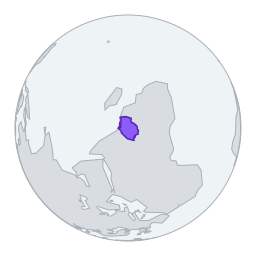 globe centered on United Republic of Tanzania, rotated 195°
{"feature_id": "TZA", "entity_name": "United Republic of Tanzania", "entity_type": "country or territory", "adm_level": 0, "iso_a3": "TZA", "parent_name": "Africa", "parent_adm1": "", "projection": "orthographic", "projection_center": [35.057, -6.356], "detail": "fine", "context": "on_globe", "style": "filled", "palette": "violet", "viewbox_px": 256, "rotation_deg": 195, "n_neighbors": 0, "source": "natural_earth", "source_scale": "50m", "svg_char_len": 9006}
<svg xmlns="http://www.w3.org/2000/svg" viewBox="0 0 256 256"><g transform="rotate(195 128 128)"><circle cx="128" cy="128" r="113" fill="#eef3f6" stroke="#a8b0b8"/><path d="M15.8,117.9L15.9,119.0L15.8,123.5L15.7,126.6L16.0,127.1L16.1,129.0L19.3,130.4L22.4,134.5L23.3,141.3L22.7,149.9L26.6,167.0L26.6,173.7L29.7,180.6L35.1,191.0L34.7,191.1L38.0,195.5L40.4,198.8L40.5,199.0L35.8,192.6L31.5,186.0L27.6,179.1L24.3,171.9L21.5,164.6L19.2,157.0L17.4,149.3L16.2,141.5L15.5,133.6L15.4,125.7L15.8,117.9ZM58.8,216.9L57.4,215.6L58.0,216.1L59.2,217.0L58.8,216.9ZM213.9,55.1L214.6,56.1L216.9,58.9L217.1,59.1L218.9,61.5L219.9,62.9L222.4,66.5L227.1,74.5L230.5,82.8L229.6,84.3L230.2,86.1L228.3,83.3L228.1,86.3L233.5,98.7L234.1,102.0L232.7,107.1L232.3,104.5L227.3,96.9L228.1,104.7L231.9,112.6L233.3,121.0L231.0,117.6L229.5,110.2L227.7,107.3L227.0,100.4L223.2,89.8L220.9,90.9L220.0,87.0L214.5,78.3L210.5,79.8L205.0,88.9L206.1,99.2L203.3,103.4L195.4,87.8L192.0,78.0L189.0,78.6L180.9,70.3L166.6,69.0L164.6,66.6L161.9,67.6L156.2,65.1L153.3,61.4L149.8,61.5L157.6,71.5L161.4,71.5L164.7,67.8L166.1,71.5L171.6,75.0L165.2,83.7L144.1,91.5L142.3,83.9L127.3,64.3L127.8,62.3L127.8,62.0L127.6,61.6L126.0,65.0L123.5,61.5L131.3,74.5L132.5,80.5L143.8,91.9L142.7,93.1L146.4,95.6L158.5,93.0L158.5,95.5L152.7,107.6L136.1,124.7L138.5,136.7L137.5,147.1L127.5,154.2L128.7,162.4L123.6,165.4L123.5,170.1L119.6,175.3L112.9,180.3L101.2,180.9L100.2,176.6L94.0,168.5L85.1,149.2L87.8,140.0L86.6,133.2L78.2,119.0L80.0,110.7L77.8,107.6L73.3,108.8L70.8,105.1L68.1,105.3L51.4,110.4L46.5,106.1L41.4,92.2L44.6,85.8L45.6,79.2L68.0,54.9L72.3,55.4L89.4,51.1L91.4,51.7L88.9,56.3L101.2,61.2L105.9,57.1L117.7,59.9L125.8,59.7L129.7,51.2L116.3,51.2L114.6,47.3L125.7,43.8L137.5,44.5L137.2,43.0L130.2,39.7L133.4,37.3L127.9,38.5L129.8,39.9L126.3,40.8L124.4,39.6L125.6,38.7L122.2,38.1L117.3,43.2L118.8,45.1L109.5,46.4L111.0,49.9L108.3,51.8L104.8,46.5L105.5,44.5L98.7,39.8L97.1,41.8L103.4,46.7L101.2,46.4L99.2,49.8L99.0,47.0L92.5,41.7L84.5,43.8L73.4,53.2L68.9,54.6L65.5,53.7L70.3,45.1L79.9,43.0L81.7,40.5L80.5,37.6L83.5,37.4L84.2,36.1L87.9,35.4L93.8,32.0L97.7,31.4L100.7,27.9L103.1,27.3L100.6,29.4L101.0,30.7L110.6,30.0L112.7,29.2L113.9,27.1L116.4,27.4L116.3,25.6L122.2,24.8L114.9,24.4L116.1,22.6L120.0,21.3L119.1,20.8L112.7,23.0L111.4,24.1L112.3,25.0L107.4,28.5L103.9,29.3L104.1,25.8L99.2,26.8L101.5,24.1L117.4,18.8L123.6,18.0L132.5,19.9L130.7,20.7L126.5,20.3L129.7,22.0L129.8,21.2L131.8,21.6L133.5,20.4L135.1,20.7L134.0,19.3L136.1,19.5L136.7,20.4L141.0,19.3L145.5,19.8L145.8,19.5L144.7,19.0L151.2,20.3L151.0,20.0L148.9,19.5L147.2,18.7L146.8,17.9L149.1,18.4L149.5,18.7L153.9,20.3L154.7,21.4L155.6,21.6L155.4,20.8L150.1,18.7L149.2,18.2L152.0,19.0L150.9,18.7L151.2,18.6L153.6,19.0L150.6,18.1L150.5,17.6L158.6,19.6L166.5,22.2L174.3,25.3L181.7,29.0L188.9,33.2L195.7,38.0L202.2,43.2L208.3,49.0L213.9,55.1ZM59.8,66.1L59.0,68.0L59.8,66.1ZM149.8,50.1L157.0,50.9L154.1,45.8L156.7,45.8L154.7,44.2L153.9,45.4L149.3,41.2L152.5,40.1L151.8,38.2L149.3,37.9L144.2,40.7L150.7,46.5L148.9,48.4L149.8,50.1ZM84.4,30.9L85.4,31.3L83.6,32.8L78.7,34.6L81.3,32.3L84.4,30.9ZM87.2,31.7L88.8,28.2L91.9,27.3L89.9,28.3L91.7,28.1L89.0,29.7L90.5,32.6L89.0,34.2L80.8,36.0L84.3,34.4L83.1,33.9L87.2,31.7ZM87.3,24.1L88.0,23.4L93.8,22.1L92.4,23.0L87.5,24.5L86.1,24.5L87.3,24.1ZM111.0,16.7L110.1,16.8L107.6,17.3L106.2,17.5L105.9,17.6L104.2,18.0L103.2,18.3L100.4,18.9L99.0,19.4L98.4,19.4L96.8,20.1L96.7,19.9L94.5,20.6L95.7,20.4L82.8,24.8L78.9,26.6L86.6,23.2L94.5,20.4L102.7,18.2L111.0,16.7ZM75.5,28.3L73.0,29.7L75.5,28.3ZM94.1,49.8L95.8,49.9L98.4,49.5L97.1,51.8L94.1,49.8ZM89.5,46.2L91.1,45.8L90.6,48.5L88.9,48.6L89.5,46.2ZM92.3,43.4L91.2,45.6L90.8,44.5L92.3,43.4ZM102.1,29.0L103.8,28.7L103.8,29.1L102.7,29.9L102.1,29.0ZM120.1,16.3L119.1,16.2L119.7,16.1L119.6,15.8L122.0,15.7L123.0,15.8L120.1,16.3ZM127.2,52.6L124.6,54.2L123.5,53.4L124.6,53.0L127.2,52.6ZM110.0,52.7L113.7,53.7L109.6,53.4L110.0,52.7ZM122.7,16.1L122.4,15.9L123.7,16.0L122.7,16.1ZM123.7,15.6L125.4,15.6L122.2,15.6L123.7,15.6ZM169.5,205.2L170.0,206.8L168.3,206.8L169.5,205.2ZM156.9,145.8L149.3,164.2L143.9,164.1L142.9,158.6L145.6,147.5L151.9,144.4L154.9,139.5L156.9,145.8ZM238.4,145.3L238.6,146.5L238.5,147.0L238.4,145.3ZM238.3,142.8L238.7,143.7L238.1,143.8L238.3,142.8ZM238.9,144.0L239.3,143.8L239.4,143.3L239.3,144.3L238.9,144.0ZM238.0,142.3L234.9,139.6L233.3,137.2L233.9,135.5L236.5,137.5L238.0,142.3ZM233.8,135.3L231.1,128.5L225.3,111.1L227.4,112.0L233.0,123.3L232.7,124.8L234.4,129.9L233.8,135.3ZM239.4,129.1L239.0,133.9L237.6,132.0L236.7,130.5L236.2,123.7L236.5,120.8L237.3,121.4L238.7,112.8L239.5,116.2L239.4,120.0L240.0,124.9L239.4,129.1ZM206.6,100.2L209.3,106.8L207.6,107.6L206.6,100.2ZM238.2,106.3L238.4,110.0L237.9,104.7L238.2,106.3ZM237.3,101.2L237.9,103.5L237.2,100.9L237.3,101.2ZM231.2,89.1L230.5,89.1L229.9,87.5L230.5,86.7L231.2,89.1ZM229.6,79.5L231.6,83.9L232.2,85.2L230.9,82.3L229.6,79.5ZM142.6,16.8L140.1,17.1L139.9,17.8L142.2,18.5L137.8,17.8L138.2,16.8L142.6,16.8ZM133.2,15.6L132.2,15.6L131.1,15.5L133.2,15.6ZM223.1,188.4L219.5,191.1L219.7,189.1L222.1,186.0L227.0,175.0L227.2,175.5L230.1,168.5L233.8,164.8L237.2,155.7L237.0,156.2L234.5,164.7L231.3,172.9L227.5,180.8L223.1,188.4ZM239.2,145.7L238.8,147.6L239.4,144.6L239.2,145.7ZM240.6,125.3L240.2,126.5L240.3,129.9L240.6,128.8L240.4,130.9L240.2,136.7L240.0,138.5L240.2,132.2L239.8,137.8L239.6,137.3L239.8,132.1L240.2,126.6L240.3,124.5L240.6,125.2L240.6,125.3ZM239.8,114.2L239.6,112.4L239.6,113.3L239.3,110.7L239.8,114.2ZM238.8,107.8L238.9,108.5L238.5,106.4L238.8,107.8ZM238.6,107.1L238.1,104.3L238.3,105.1L238.6,107.1ZM237.8,103.1L237.0,100.3L234.5,91.6L234.7,91.9L236.5,98.0L237.7,102.4L237.8,103.1Z" fill="#d9dde1" stroke="#a8b0b8" stroke-width="1"/><path d="M123.9,134.0L123.7,134.0L123.5,133.8L123.3,133.7L123.0,133.6L122.9,133.5L122.7,133.5L122.3,133.4L122.1,133.3L121.9,133.3L121.9,133.1L121.7,133.0L121.4,133.0L121.2,132.8L121.2,132.7L120.8,132.5L120.3,132.5L120.2,132.4L119.9,132.2L119.7,131.8L119.6,131.6L119.4,131.2L119.2,130.8L119.1,130.5L118.9,130.2L118.8,129.7L118.6,129.4L118.4,129.1L118.1,128.9L117.7,128.7L117.3,128.1L117.2,128.0L117.2,127.7L117.1,127.4L117.3,126.9L117.3,126.7L117.2,126.4L117.1,126.2L117.0,125.7L116.8,125.4L116.8,125.2L116.9,124.7L116.9,124.4L117.6,124.3L117.7,124.2L118.0,124.0L118.4,123.6L118.5,123.4L118.6,123.1L118.8,123.0L118.8,122.9L118.9,122.7L119.1,122.4L119.3,122.3L119.3,122.2L119.6,122.0L119.7,121.8L119.7,121.7L119.6,121.4L119.3,121.3L119.1,121.3L119.0,121.2L118.9,121.2L119.0,121.0L119.0,120.8L118.9,120.8L118.9,120.7L119.1,120.3L119.4,120.2L119.5,120.2L119.8,120.0L119.8,119.8L119.8,119.6L119.7,119.4L119.7,119.2L119.7,118.9L119.7,118.6L119.6,118.4L119.3,118.2L119.1,117.9L119.0,117.7L119.4,117.6L119.5,117.5L119.9,117.5L120.3,117.5L120.6,117.5L121.0,117.5L121.3,117.5L121.7,117.5L122.0,117.5L122.4,117.5L122.7,117.5L123.1,117.5L123.4,117.5L123.8,117.5L124.1,117.5L124.5,117.5L124.8,117.5L125.2,117.5L125.5,117.5L125.9,117.5L126.0,117.6L126.6,117.9L127.0,118.1L127.4,118.4L127.9,118.6L128.3,118.8L128.7,119.1L129.1,119.3L129.5,119.5L130.0,119.8L130.4,120.0L130.8,120.2L131.2,120.5L131.6,120.7L132.0,120.9L132.5,121.2L132.9,121.4L133.1,121.5L133.1,121.8L133.2,122.0L133.0,122.3L133.2,122.5L133.3,122.7L133.6,122.9L133.9,123.1L134.2,123.3L134.5,123.5L135.0,124.0L135.3,124.2L135.6,124.4L135.9,124.6L136.1,124.7L136.2,124.8L136.0,125.3L135.9,125.5L135.8,125.8L135.7,126.4L135.5,126.6L135.4,127.1L135.3,127.5L135.5,128.0L135.8,128.3L136.1,128.7L136.3,128.9L136.6,129.1L136.8,129.4L136.7,129.5L136.4,130.0L136.2,130.3L136.2,130.8L136.3,130.8L136.5,130.9L136.5,131.3L136.3,131.7L136.3,132.0L136.4,132.7L136.6,133.0L136.9,133.6L136.9,134.0L137.0,134.4L137.0,134.7L137.1,134.9L137.1,135.0L137.3,135.2L137.5,135.4L137.5,135.5L137.8,135.6L138.0,135.7L138.3,135.9L138.4,136.0L138.2,136.3L137.9,136.6L137.5,136.8L137.2,137.0L136.9,137.1L136.7,137.1L136.4,137.2L136.2,137.4L135.9,137.5L135.6,137.5L135.2,137.6L134.8,137.8L134.6,138.0L134.3,137.7L134.0,137.7L133.7,137.7L133.5,137.8L133.4,137.9L133.3,138.1L133.1,138.3L132.8,138.5L132.5,138.5L132.2,138.5L132.0,138.4L131.9,138.3L131.7,138.2L131.3,138.3L131.1,138.5L130.8,138.5L130.4,138.5L130.2,138.4L130.0,138.2L129.6,138.0L129.4,138.0L129.2,138.2L129.1,138.3L128.9,138.3L128.7,138.3L128.2,138.2L127.8,138.3L127.8,138.2L127.7,137.9L127.4,137.7L127.2,137.4L127.1,137.2L127.2,136.9L127.2,136.7L127.2,136.4L127.1,136.2L127.1,135.9L127.1,135.6L127.0,135.3L127.0,135.2L126.9,135.1L126.6,134.7L126.1,134.3L125.9,134.2L125.9,134.3L125.9,134.5L125.7,134.5L125.5,134.4L125.4,134.4L125.0,134.4L124.9,134.4L124.7,134.2L124.4,134.2L124.0,134.0L123.9,134.0L123.9,134.0ZM136.7,127.7L136.8,128.1L136.7,128.2L136.4,128.1L136.3,127.9L136.2,127.9L136.1,127.7L136.1,127.2L136.3,126.8L136.4,127.0L136.5,127.6L136.7,127.7ZM137.4,125.2L137.4,125.3L137.4,125.7L137.4,125.9L137.3,126.2L137.2,126.2L137.1,125.6L137.0,125.2L137.2,125.3L137.4,125.2ZM137.1,131.2L136.9,131.3L136.9,131.2L137.0,131.1L137.1,130.9L137.3,130.7L137.3,131.1L137.2,131.1L137.1,131.2Z" fill="#8b5cf6" stroke="#5b21b6" stroke-width="1.5"/></g></svg>